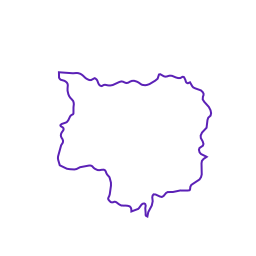 the border of Eure-et-Loir, rotated 301°
{"feature_id": "FRA-5291", "entity_name": "Eure-et-Loir", "entity_type": "Metropolitan department", "adm_level": 1, "iso_a3": "FRA", "parent_name": "France", "parent_adm1": "", "projection": "albers", "projection_center": [1.329, 48.445], "detail": "fine", "context": "isolated", "style": "outline", "palette": "violet", "viewbox_px": 256, "rotation_deg": 301, "n_neighbors": 0, "source": "natural_earth", "source_scale": "10m", "svg_char_len": 2892}
<svg xmlns="http://www.w3.org/2000/svg" viewBox="0 0 256 256"><g transform="rotate(301 128 128)"><path d="M107.1,212.9L106.3,212.8L105.0,211.2L101.3,204.9L96.4,199.6L93.5,195.0L91.9,194.1L88.0,193.5L86.3,192.5L85.7,190.6L85.2,185.9L84.3,184.1L82.8,183.9L81.1,184.5L77.9,186.9L73.8,188.3L66.3,188.7L62.1,190.2L62.0,188.7L62.5,187.9L63.9,187.1L68.2,184.1L70.5,183.2L71.7,181.9L71.7,180.9L71.0,179.9L70.0,179.3L68.9,179.0L65.2,178.7L63.9,178.4L58.2,173.9L59.6,173.0L60.5,172.3L61.3,171.2L61.7,169.8L61.2,167.9L60.5,166.4L58.5,162.9L58.2,162.4L58.1,161.9L58.0,160.7L58.0,159.2L58.3,156.9L58.3,155.5L57.8,154.3L56.8,153.6L56.0,152.6L55.6,151.3L56.1,149.3L56.6,148.0L57.2,147.4L58.1,147.1L60.2,146.9L61.8,146.5L69.8,143.1L72.4,141.5L75.7,138.1L76.4,137.2L77.1,134.8L77.6,133.6L78.3,132.5L79.3,131.3L79.9,130.1L79.8,128.7L78.5,126.8L77.5,125.7L76.8,124.6L76.3,123.6L76.1,121.9L76.0,120.6L76.1,119.4L76.4,118.2L76.5,117.9L76.7,117.4L76.8,116.5L76.6,115.4L75.9,114.1L69.7,107.1L66.3,105.0L64.8,103.3L62.8,99.5L61.6,96.6L60.9,88.7L64.7,84.6L66.0,83.5L67.6,82.7L78.7,79.6L80.0,79.6L81.2,79.7L82.4,79.5L83.6,78.9L84.7,77.6L85.3,76.3L86.1,75.1L87.1,74.2L88.7,73.6L90.1,73.5L92.5,73.7L92.8,73.7L93.1,73.6L93.9,73.4L94.6,72.7L94.9,71.7L94.9,69.5L95.3,68.8L95.9,68.6L97.3,69.1L100.6,71.9L101.6,72.5L102.8,72.7L104.1,72.8L108.2,72.4L109.4,72.6L110.4,73.1L111.5,73.8L112.2,73.8L112.8,73.5L117.7,70.6L120.5,69.3L121.7,68.4L122.9,67.1L123.7,64.7L124.2,62.9L125.0,61.2L126.2,59.5L128.8,57.0L130.8,55.8L133.6,54.4L134.6,53.6L135.4,52.3L135.7,50.6L135.7,49.2L134.7,45.4L135.0,44.1L135.6,43.0L140.2,40.1L146.6,52.7L148.4,55.2L149.3,56.8L149.9,59.2L149.9,60.9L149.7,62.5L149.1,65.1L148.9,66.2L148.9,67.1L148.9,67.9L149.1,69.7L149.4,70.6L150.1,71.7L153.5,73.7L153.6,74.0L153.6,74.6L153.4,76.1L152.8,77.3L151.0,79.6L150.3,80.8L150.0,82.0L150.1,83.0L150.4,83.9L152.3,85.0L153.2,86.0L154.3,89.1L155.3,90.9L157.0,92.8L163.0,96.9L164.5,98.3L165.1,99.8L165.4,102.4L165.8,103.6L166.9,104.8L169.0,106.0L170.4,107.1L171.6,108.9L172.0,110.4L172.3,111.8L172.4,113.0L172.4,114.1L172.2,116.7L172.3,117.9L172.4,118.2L173.5,120.7L174.8,122.2L176.7,123.8L182.5,126.9L185.5,128.0L189.8,127.0L190.7,127.9L190.8,132.0L191.2,133.5L192.3,134.9L193.4,135.8L194.5,137.0L195.4,138.9L196.0,143.0L196.6,145.2L197.7,147.1L199.9,148.3L200.3,149.0L200.4,149.9L198.7,152.5L197.7,153.5L197.1,154.4L197.0,155.5L197.2,156.3L199.1,157.6L196.8,161.7L196.4,163.1L196.6,165.2L197.8,171.2L197.2,173.7L196.3,175.1L195.1,175.8L193.4,176.1L191.0,177.3L189.7,179.9L187.7,186.4L185.7,189.6L183.5,191.6L181.1,192.4L178.2,191.5L175.8,192.0L168.7,195.2L162.2,193.8L158.9,194.2L156.9,195.6L155.0,198.9L153.2,200.9L151.4,201.3L147.7,199.6L145.9,200.0L144.0,201.9L143.3,204.0L143.8,209.7L143.8,210.3L140.4,208.7L137.9,208.3L135.6,209.2L126.2,215.1L123.5,215.9L120.7,215.8L111.9,211.6L109.8,211.7L107.1,212.9Z" fill="none" stroke="#5b21b6" stroke-width="2"/></g></svg>